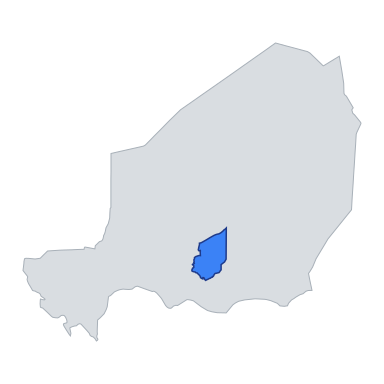 Tanout, Zinder, Niger shown in context
{"feature_id": "23599985B69081741011402", "entity_name": "Tanout", "entity_type": "district", "adm_level": 2, "iso_a3": "NER", "parent_name": "Niger", "parent_adm1": "Zinder", "projection": "natural_earth1", "projection_center": [8.581, 15.143], "detail": "fine", "context": "in_parent", "style": "filled", "palette": "blue", "viewbox_px": 384, "rotation_deg": 0, "n_neighbors": 0, "source": "geoboundaries", "source_scale": "gbopen_adm2", "svg_char_len": 4302}
<svg xmlns="http://www.w3.org/2000/svg" viewBox="0 0 384 384"><path d="M312.0,290.4L308.1,290.5L305.9,291.3L303.1,293.7L300.0,294.7L296.2,296.9L293.8,298.6L291.5,300.0L288.5,303.3L287.5,305.8L284.3,306.3L280.0,305.9L277.3,303.3L270.9,300.7L266.7,299.6L264.8,299.3L255.1,298.8L244.7,299.9L239.4,301.1L238.4,301.4L235.4,303.0L232.9,304.8L226.2,312.9L217.2,312.7L212.0,311.8L207.5,310.5L201.2,306.7L193.4,300.8L190.4,300.0L187.7,299.6L186.8,299.7L177.6,305.5L175.8,305.3L173.6,306.0L172.1,307.4L171.1,308.2L170.0,308.3L168.5,308.0L167.1,307.1L165.6,305.5L161.8,299.0L161.0,297.9L159.4,296.0L156.7,293.0L154.8,291.6L153.7,291.2L152.3,291.5L144.9,288.9L137.5,286.2L135.8,286.5L134.7,287.1L132.1,289.1L129.0,289.5L125.2,289.3L123.1,289.1L119.7,289.7L117.4,290.5L114.4,291.9L110.5,295.6L109.4,296.0L108.5,296.7L107.2,306.8L106.1,309.8L104.1,313.8L100.3,317.7L97.6,320.0L97.5,323.1L97.3,328.2L97.2,331.8L97.4,334.1L97.0,335.2L96.8,336.2L96.9,337.7L97.5,338.4L97.9,339.3L97.6,340.1L96.4,341.0L95.0,338.7L93.3,337.0L91.3,336.3L90.0,335.2L89.4,333.5L86.8,330.4L81.0,324.1L80.4,323.9L79.5,323.7L77.8,324.4L76.8,325.5L76.1,325.9L75.0,325.9L72.2,326.7L70.0,327.7L69.9,328.6L70.9,333.3L70.4,335.9L69.4,334.7L66.3,329.9L64.1,326.3L63.7,325.5L63.4,324.3L63.6,323.8L64.5,323.4L66.5,322.9L66.9,322.6L67.0,321.6L66.7,319.8L65.6,317.3L64.4,315.7L63.8,315.4L62.5,315.3L61.2,315.5L58.7,317.5L57.6,317.9L55.1,317.7L52.8,317.3L51.4,316.3L47.3,312.3L42.8,308.1L40.9,307.5L40.4,307.1L40.1,303.9L40.3,300.0L40.5,299.0L42.4,299.6L44.4,299.9L45.1,299.2L43.5,297.8L41.2,296.4L40.3,294.3L39.7,293.5L38.6,292.8L37.4,292.4L36.2,291.8L35.4,291.2L34.0,290.9L32.6,290.5L30.6,287.0L28.6,283.7L27.5,281.1L27.1,279.5L27.7,276.8L27.1,275.8L24.9,273.0L23.0,270.5L23.5,266.6L23.9,263.3L24.0,261.2L24.3,260.1L24.5,258.8L25.8,258.3L28.9,258.4L35.1,259.0L40.0,258.3L40.3,258.2L43.8,254.7L47.6,251.0L53.4,250.6L59.6,250.2L64.5,250.0L71.7,249.8L77.5,249.5L84.1,249.3L84.4,247.6L84.8,247.1L85.4,247.1L90.3,248.0L94.9,248.9L95.3,245.7L99.4,241.7L101.7,240.9L102.3,240.2L103.0,238.8L103.5,236.7L103.7,235.3L104.5,234.0L105.2,231.8L106.0,227.8L108.3,223.6L109.7,218.0L109.9,212.6L110.2,208.4L110.9,207.6L110.9,200.2L110.9,192.8L110.9,186.5L110.9,178.8L111.0,171.9L111.0,164.5L111.0,157.9L111.0,153.5L115.7,152.4L120.5,151.3L127.6,149.7L135.2,148.0L143.5,146.1L145.4,145.0L151.7,138.6L154.5,135.7L160.2,130.0L164.5,125.6L170.0,120.0L175.9,114.3L180.5,109.8L187.8,104.7L198.8,97.0L209.8,89.3L220.8,81.6L231.8,73.9L242.7,66.2L253.6,58.5L264.6,50.8L275.5,43.0L286.5,46.0L297.0,48.8L307.5,51.6L310.0,53.1L315.7,58.6L322.9,65.6L323.2,65.7L323.5,65.8L330.4,61.6L339.3,56.2L341.8,70.8L343.7,83.3L343.9,91.3L344.0,93.4L344.7,94.8L346.4,96.2L353.2,107.8L351.8,109.8L352.8,113.3L354.6,114.9L360.2,121.8L361.0,123.1L360.7,124.2L356.9,132.3L356.2,134.3L355.6,144.6L355.1,151.8L354.5,161.8L353.7,173.8L353.1,183.8L352.2,197.2L351.5,209.8L345.9,216.7L336.0,229.0L328.0,238.9L324.0,245.6L316.1,258.7L312.6,267.1L309.9,271.5L308.5,273.4L309.7,279.6L312.0,290.4Z" fill="#d9dde1" stroke="#a8b0b8" stroke-width="1"/><path d="M193.2,271.6L193.6,271.7L194.5,271.9L195.2,272.0L195.8,272.7L197.3,273.0L197.5,273.4L198.3,274.2L199.5,275.3L200.4,276.7L200.5,277.6L201.6,278.4L202.7,278.9L202.7,278.0L202.9,277.6L203.8,277.7L205.0,279.8L205.7,280.4L206.6,279.8L207.7,279.4L209.5,278.4L210.2,278.3L211.6,277.3L212.3,277.2L212.6,276.5L213.1,276.5L213.6,275.9L214.2,274.5L215.2,273.4L216.2,273.3L218.1,272.8L219.0,272.6L219.8,271.6L220.4,270.6L221.1,269.9L221.1,264.6L222.0,263.9L224.6,261.9L224.9,261.3L226.1,259.2L226.1,257.1L226.3,228.0L225.0,229.3L224.2,229.7L222.8,231.2L220.8,232.8L218.8,233.9L217.1,234.2L215.6,234.7L213.8,235.5L209.9,237.7L206.6,239.7L204.7,240.8L201.3,242.7L199.4,243.2L199.5,244.3L199.1,246.0L198.7,247.5L198.5,248.9L198.3,249.5L198.3,249.9L198.8,250.7L199.4,250.8L200.3,250.5L200.4,251.0L200.2,251.2L200.3,253.9L200.4,255.6L199.1,255.5L197.0,256.1L196.8,256.4L195.9,256.5L195.0,257.2L194.5,257.5L194.5,258.4L194.1,259.7L193.9,259.8L194.0,261.1L194.2,261.8L193.8,262.2L193.7,262.4L194.3,263.3L194.1,263.5L193.2,264.1L192.6,264.2L192.4,264.6L192.6,264.9L193.4,265.0L193.7,265.5L193.8,267.4L193.5,267.7L193.1,268.0L192.7,268.0L192.4,268.5L192.2,269.6L191.9,269.8L191.9,270.9L192.4,271.3L193.2,271.6Z" fill="#3b82f6" stroke="#1e3a8a" stroke-width="1.5"/></svg>